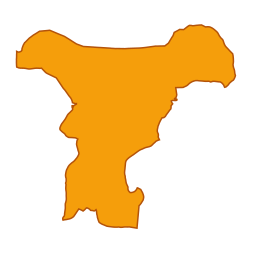 outline of Ku'aydinah, Hajjah, Yemen, rotated 88°
{"feature_id": "15242507B26169260519546", "entity_name": "Ku'aydinah", "entity_type": "district", "adm_level": 2, "iso_a3": "YEM", "parent_name": "Yemen", "parent_adm1": "Hajjah", "projection": "natural_earth1", "projection_center": [43.351, 15.819], "detail": "fine", "context": "isolated", "style": "filled", "palette": "amber", "viewbox_px": 256, "rotation_deg": 88, "n_neighbors": 0, "source": "geoboundaries", "source_scale": "gbopen_adm2", "svg_char_len": 5691}
<svg xmlns="http://www.w3.org/2000/svg" viewBox="0 0 256 256"><g transform="rotate(88 128 128)"><path d="M34.1,78.5L37.2,79.7L39.3,81.2L44.6,84.6L47.3,88.4L47.2,92.0L47.2,96.5L47.1,97.2L47.2,98.3L47.9,105.5L48.1,107.3L48.4,111.3L48.4,111.5L48.5,114.1L48.5,117.9L48.5,124.8L48.6,127.9L48.6,128.1L48.6,128.4L48.2,136.0L48.2,137.8L48.0,139.4L47.8,141.7L47.6,143.0L46.6,153.1L46.6,153.4L46.3,156.6L46.1,158.4L46.1,159.0L46.0,159.3L45.7,162.4L45.2,167.4L45.0,169.7L42.2,176.6L41.9,177.0L39.4,180.7L38.9,181.4L37.1,184.0L34.3,188.2L33.1,190.8L32.5,192.2L30.1,197.4L27.6,202.8L27.8,205.6L28.0,209.3L28.2,213.0L30.6,217.1L31.8,219.3L34.8,223.6L38.7,227.7L39.1,228.3L41.4,229.7L43.5,230.6L45.2,231.2L46.5,231.3L47.6,232.1L48.3,234.0L48.3,234.9L47.8,236.0L47.5,236.6L48.6,236.6L50.3,236.7L51.0,236.8L52.0,236.8L53.5,236.9L54.9,237.0L55.1,237.1L56.8,237.1L58.4,237.2L60.0,237.2L61.6,237.2L63.2,237.1L64.1,235.1L64.4,233.5L64.5,231.6L64.6,230.0L64.9,228.1L65.3,226.4L65.6,224.8L65.5,223.1L65.3,221.0L65.1,219.2L65.0,217.5L65.1,215.8L65.1,215.6L65.3,214.1L65.2,212.3L66.8,210.9L68.5,209.4L69.7,208.3L70.6,207.0L75.4,197.9L86.2,191.2L87.7,189.9L89.3,188.8L90.1,188.3L90.7,187.9L91.0,187.7L92.2,186.9L93.5,186.1L94.8,185.1L96.2,184.1L97.6,183.4L99.1,182.9L100.8,182.6L101.9,179.5L101.8,178.7L102.3,178.7L103.7,181.3L103.7,182.6L103.9,183.2L104.1,183.2L104.4,182.3L104.7,181.9L105.0,182.1L105.3,182.3L105.2,182.7L105.4,183.1L105.9,183.0L106.5,182.7L107.1,182.6L107.5,182.7L108.3,183.2L109.4,184.4L110.6,185.7L111.8,187.1L113.0,188.1L114.4,188.9L115.9,189.8L117.3,190.7L118.8,191.9L120.2,193.0L121.4,194.0L122.7,194.8L124.4,195.6L125.8,196.1L127.3,196.0L128.6,194.8L129.8,193.6L130.8,192.3L131.9,191.2L133.4,190.4L133.5,190.3L134.4,189.2L135.3,187.8L135.5,186.1L135.6,184.4L135.8,182.8L136.0,180.8L137.3,178.5L139.2,179.5L140.6,179.7L142.2,180.0L143.7,179.8L145.5,179.4L147.0,179.0L148.7,178.7L150.1,178.2L151.7,177.9L153.2,178.4L154.6,179.2L156.1,180.2L157.5,181.5L158.8,182.6L160.0,184.1L161.0,185.6L162.0,186.8L163.2,188.1L164.5,189.1L166.2,190.0L167.8,190.9L169.4,191.4L171.2,191.8L172.9,192.1L174.8,192.0L176.2,191.6L177.8,191.6L179.3,191.7L180.9,192.3L182.6,191.9L182.9,192.0L184.8,192.2L186.4,192.3L188.2,192.2L189.8,192.0L190.9,192.0L191.6,192.0L193.2,192.1L194.8,192.1L196.3,192.1L197.8,192.2L199.7,192.7L201.5,193.3L203.1,193.4L204.9,193.4L206.5,193.5L208.2,193.8L209.9,194.1L211.6,194.4L212.4,194.4L214.0,194.9L214.5,195.5L215.1,196.0L215.6,196.2L216.5,196.4L217.2,196.3L217.4,196.3L217.5,196.2L217.8,196.1L217.7,195.8L217.4,193.9L217.4,193.3L217.2,192.0L217.0,191.2L216.9,190.1L216.4,188.4L215.7,187.0L214.7,185.5L213.4,184.5L211.9,183.4L210.5,182.4L209.1,181.4L207.2,180.0L208.4,177.4L209.4,175.8L208.4,174.4L206.4,172.3L206.6,171.2L207.8,169.2L209.0,168.3L209.1,167.7L209.2,166.5L209.5,165.5L209.7,164.7L209.6,164.2L209.3,163.8L208.5,162.8L209.2,162.5L210.2,162.4L211.5,162.3L213.0,162.2L214.7,161.8L216.2,161.7L218.0,161.2L219.5,160.8L221.3,160.1L222.3,158.8L223.3,157.1L223.8,156.0L224.0,155.5L224.7,154.0L225.4,152.5L225.8,150.4L226.1,148.5L226.4,146.7L226.6,144.7L226.7,142.5L226.6,140.8L227.0,138.9L227.0,137.2L226.8,135.4L226.8,133.6L226.9,131.9L226.9,130.1L228.4,122.5L206.1,119.7L205.7,119.3L204.9,118.5L203.4,117.3L202.0,116.4L200.7,115.5L200.2,115.3L199.1,115.0L197.5,114.7L196.0,114.9L194.8,115.2L194.5,115.3L193.0,115.8L191.5,116.6L189.9,117.4L188.2,120.4L188.2,120.9L188.8,121.1L190.1,121.9L191.5,123.3L192.2,124.7L192.6,126.4L192.6,128.1L191.5,129.2L190.1,130.0L188.6,130.2L187.0,130.1L185.5,130.7L183.9,131.4L182.4,131.8L180.8,132.0L179.1,132.2L177.5,132.5L176.0,132.5L174.4,132.9L172.5,133.0L170.5,132.8L168.9,132.5L167.1,132.3L165.1,132.0L163.3,131.8L161.8,131.5L160.4,130.9L159.0,129.6L157.8,128.2L156.8,126.7L156.3,125.9L155.7,125.0L154.9,123.6L153.7,121.9L152.7,120.4L151.8,119.1L150.9,117.7L150.1,116.2L149.5,114.4L148.8,112.8L148.6,112.3L148.2,111.2L147.8,109.4L147.7,108.9L147.4,107.4L146.8,105.7L145.7,104.3L144.4,103.0L143.4,101.7L142.2,100.5L141.3,98.4L140.9,97.0L140.7,97.1L140.2,97.3L139.8,97.5L139.6,97.5L139.3,97.7L139.0,97.8L138.8,97.9L138.6,98.0L137.4,98.1L137.2,98.0L136.7,97.9L135.2,97.9L134.2,98.3L133.7,98.5L132.2,98.9L130.4,98.7L128.9,98.3L127.4,98.0L125.9,97.3L124.9,96.9L124.7,96.8L124.4,96.7L122.6,95.8L121.0,94.9L119.6,94.0L119.0,93.6L118.9,91.9L117.8,90.3L116.2,89.3L113.7,87.3L111.6,85.7L110.4,84.5L109.2,84.3L108.3,84.2L107.4,84.2L107.0,83.9L106.3,83.3L105.4,82.5L104.0,83.4L103.5,83.6L102.4,83.8L102.3,83.5L102.0,82.6L102.0,82.2L102.0,81.4L102.1,81.0L102.2,80.1L102.2,79.2L102.0,78.3L101.1,78.1L100.8,78.4L101.0,79.0L101.0,79.7L100.9,80.0L100.7,80.3L100.4,80.5L100.2,80.5L100.1,80.4L100.0,80.2L100.0,79.9L99.7,79.4L98.5,78.6L98.3,78.6L96.6,78.1L89.3,78.9L89.4,71.6L88.7,69.9L87.9,68.0L87.0,66.7L85.9,65.5L84.9,64.1L84.0,62.4L83.4,60.7L83.0,58.9L83.0,57.3L83.0,57.1L83.3,55.3L83.5,53.4L83.7,51.6L84.0,49.5L84.1,47.7L84.1,45.6L84.9,43.7L84.3,41.5L84.4,39.7L84.7,37.8L85.0,35.9L85.2,34.1L86.1,32.8L87.3,31.7L88.6,30.8L90.1,30.3L90.7,30.0L90.4,28.7L89.3,27.3L88.2,26.1L86.9,25.2L85.8,23.9L84.7,22.5L83.8,21.0L82.5,20.1L81.0,19.4L79.4,18.8L78.9,18.9L77.9,19.2L76.4,19.4L74.8,19.5L73.2,19.8L71.7,20.3L69.7,20.7L68.2,20.8L66.7,20.5L65.2,20.3L63.7,20.3L62.1,20.3L60.6,20.4L59.2,20.5L58.2,20.7L57.5,20.8L56.2,22.0L54.8,23.3L53.5,24.4L52.1,25.6L50.7,26.9L49.4,27.9L47.8,28.7L46.0,29.3L44.2,29.8L42.8,30.4L41.7,31.6L40.4,32.6L38.9,33.6L37.6,34.2L37.2,34.4L35.7,35.2L34.5,36.3L33.1,37.8L31.9,39.2L31.2,40.2L30.9,40.6L30.0,42.4L29.7,43.6L29.6,44.9L29.7,47.0L27.6,50.9L27.6,52.7L27.7,54.5L27.8,56.3L28.0,58.1L28.1,59.7L27.7,61.4L27.6,63.1L28.6,64.8L31.6,68.9L31.6,69.0L31.3,73.0L32.0,74.2L34.1,78.5Z" fill="#f59e0b" stroke="#b45309" stroke-width="1.5"/></g></svg>